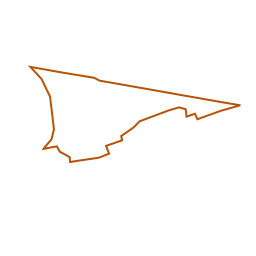 outline of Hancock, Tennessee, United States of America, rotated 10°
{"feature_id": "52423323B54321928367648", "entity_name": "Hancock", "entity_type": "district", "adm_level": 2, "iso_a3": "USA", "parent_name": "United States of America", "parent_adm1": "Tennessee", "projection": "orthographic", "projection_center": [-83.193, 36.493], "detail": "fine", "context": "isolated", "style": "outline", "palette": "amber", "viewbox_px": 256, "rotation_deg": 10, "n_neighbors": 0, "source": "geoboundaries", "source_scale": "gbopen_adm2", "svg_char_len": 575}
<svg xmlns="http://www.w3.org/2000/svg" viewBox="0 0 256 256"><g transform="rotate(10 128 128)"><path d="M21.3,84.8L34.4,94.8L45.8,110.7L55.3,142.1L54.6,152.5L49.5,161.1L48.6,163.2L61.1,158.4L64.8,163.1L75.6,166.8L76.9,171.5L84.9,168.8L104.2,162.4L113.8,156.6L109.5,149.4L124.4,141.1L122.7,137.1L133.6,126.3L138.1,119.5L164.9,103.7L174.7,98.8L181.6,99.5L183.7,106.7L191.4,102.3L194.8,107.3L216.9,94.7L234.7,86.1L215.6,86.3L183.3,86.3L169.2,86.3L168.9,86.3L95.5,86.3L95.2,86.3L91.5,86.3L86.4,84.5L53.6,84.8L21.3,84.8Z" fill="none" stroke="#b45309" stroke-width="2"/></g></svg>